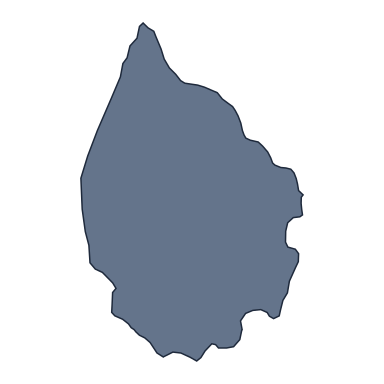 Vindeln, Västerbotten, Sweden
{"feature_id": "70781695B31589151940817", "entity_name": "Vindeln", "entity_type": "district", "adm_level": 2, "iso_a3": "SWE", "parent_name": "Sweden", "parent_adm1": "Västerbotten", "projection": "orthographic", "projection_center": [19.601, 64.412], "detail": "fine", "context": "isolated", "style": "filled", "palette": "slate", "viewbox_px": 384, "rotation_deg": 0, "n_neighbors": 0, "source": "geoboundaries", "source_scale": "gbopen_adm2", "svg_char_len": 1457}
<svg xmlns="http://www.w3.org/2000/svg" viewBox="0 0 384 384"><path d="M111.7,312.4L114.8,315.8L122.7,319.3L128.5,323.9L131.2,327.7L134.1,329.6L136.0,332.0L139.4,335.2L144.8,337.9L150.1,342.5L157.0,353.0L163.3,357.0L163.7,356.7L172.9,352.1L180.8,353.0L190.0,357.2L196.7,361.0L200.9,357.6L205.1,350.9L211.8,343.8L215.6,344.6L218.5,348.0L226.5,348.0L233.6,346.7L239.8,339.6L241.9,329.5L242.1,329.5L240.5,320.9L245.6,313.4L252.8,310.4L260.8,309.6L267.2,312.5L269.4,316.2L273.6,318.6L279.2,315.9L280.5,310.0L282.9,300.4L287.4,292.9L289.4,281.2L295.5,267.6L298.3,261.7L298.6,253.7L295.3,249.2L287.9,247.1L285.5,242.1L285.7,231.2L287.7,222.7L293.3,217.6L299.9,216.8L302.5,214.9L301.7,209.4L301.1,203.3L301.3,197.2L303.1,194.9L298.6,190.6L297.5,184.0L296.2,178.5L294.0,172.9L290.8,169.2L286.0,168.0L280.8,167.5L274.9,165.1L272.6,163.0L270.7,157.8L267.7,152.0L262.7,146.2L258.2,142.0L250.3,140.2L245.8,138.1L244.0,134.9L242.4,130.5L240.8,123.1L238.1,116.0L235.2,110.5L232.6,106.6L227.8,103.1L222.3,99.0L217.3,92.7L210.5,89.8L204.5,87.2L197.7,85.1L184.8,83.2L180.6,80.6L175.7,74.3L169.4,68.0L164.2,59.1L161.1,49.1L156.7,38.6L155.7,36.2L153.8,31.3L148.1,27.9L143.1,23.0L139.5,26.4L137.0,38.2L130.0,45.9L127.1,57.8L122.9,63.5L120.4,76.9L111.2,98.6L97.4,130.5L87.7,156.0L80.9,178.2L82.2,209.2L85.3,231.6L88.9,245.3L90.0,262.8L95.3,269.1L102.4,272.4L112.7,282.9L116.0,288.4L112.6,292.5L112.1,304.6L111.7,312.4Z" fill="#64748b" stroke="#1e293b" stroke-width="1.5"/></svg>